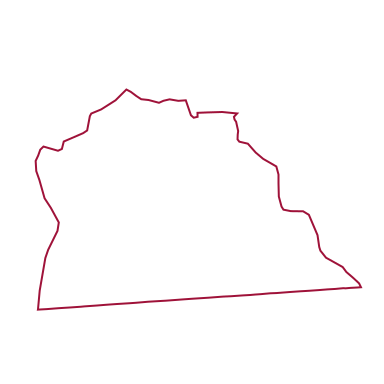 outline of Nara, Koulikoro, Mali, rotated 176°
{"feature_id": "8926073B7074311745372", "entity_name": "Nara", "entity_type": "district", "adm_level": 2, "iso_a3": "MLI", "parent_name": "Mali", "parent_adm1": "Koulikoro", "projection": "equal_earth", "projection_center": [-7.752, 14.805], "detail": "fine", "context": "isolated", "style": "outline", "palette": "rose", "viewbox_px": 384, "rotation_deg": 176, "n_neighbors": 0, "source": "geoboundaries", "source_scale": "gbopen_adm2", "svg_char_len": 1556}
<svg xmlns="http://www.w3.org/2000/svg" viewBox="0 0 384 384"><g transform="rotate(176 192 192)"><path d="M141.5,267.2L156.3,269.7L171.1,270.3L181.0,270.6L181.2,266.6L185.1,266.0L187.7,268.6L191.8,283.9L199.3,283.9L207.9,286.0L214.1,285.0L218.7,283.3L228.9,286.8L236.2,288.1L240.8,291.6L246.1,296.2L250.3,298.8L261.9,288.8L276.9,280.7L287.0,277.3L288.6,274.8L292.3,260.7L296.5,258.3L316.4,251.3L318.8,244.0L322.8,242.5L337.0,247.7L340.4,244.8L342.9,239.1L345.8,233.9L345.9,223.7L343.4,214.6L339.5,196.0L333.9,186.0L327.0,170.9L328.9,162.6L339.5,144.4L342.9,136.4L350.8,104.3L353.8,85.8L353.9,85.4L352.1,85.4L344.6,85.3L333.5,85.4L320.0,85.3L310.8,85.3L307.5,85.4L306.7,85.4L303.4,85.4L301.0,85.4L294.5,85.4L294.2,85.4L284.9,85.5L274.7,85.5L262.3,85.4L260.7,85.4L255.6,85.4L249.4,85.5L243.8,85.6L242.2,85.6L225.6,85.4L207.4,85.5L198.7,85.5L198.3,85.5L183.0,85.4L182.6,85.4L168.2,85.5L160.1,85.3L158.2,85.3L148.3,85.3L141.1,85.2L136.2,85.3L130.9,85.3L130.4,85.3L120.8,85.5L114.9,85.3L101.2,85.4L98.1,85.4L91.4,85.4L91.1,85.4L82.3,85.3L77.6,85.3L72.7,85.3L63.7,85.4L55.7,85.3L52.2,85.4L47.6,85.5L45.6,85.2L40.9,85.3L34.2,85.2L32.1,85.2L30.1,85.2L30.3,85.7L31.7,89.2L37.3,95.2L38.6,96.5L43.6,101.4L46.9,106.6L62.9,117.1L64.9,120.0L68.0,124.5L68.9,128.2L69.8,140.2L77.0,161.1L82.5,165.0L94.7,166.0L102.0,168.0L103.7,171.2L105.7,181.4L105.1,194.7L104.5,203.4L106.1,211.6L118.7,220.1L125.7,226.9L132.9,236.3L141.3,238.9L142.9,241.3L142.4,246.0L141.7,249.6L143.1,259.0L144.5,261.3L144.9,264.1L141.5,267.2Z" fill="none" stroke="#9f1239" stroke-width="2"/></g></svg>